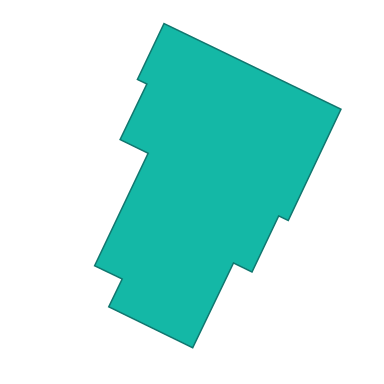 Allen, Ohio, United States of America (orthographic projection), rotated 296°
{"feature_id": "52423323B40875098856035", "entity_name": "Allen", "entity_type": "district", "adm_level": 2, "iso_a3": "USA", "parent_name": "United States of America", "parent_adm1": "Ohio", "projection": "orthographic", "projection_center": [-84.117, 40.782], "detail": "fine", "context": "isolated", "style": "filled", "palette": "teal", "viewbox_px": 384, "rotation_deg": 296, "n_neighbors": 0, "source": "geoboundaries", "source_scale": "gbopen_adm2", "svg_char_len": 356}
<svg xmlns="http://www.w3.org/2000/svg" viewBox="0 0 384 384"><g transform="rotate(296 192 192)"><path d="M331.1,93.0L269.2,93.6L269.3,104.1L207.6,104.4L207.6,135.6L83.0,136.8L83.2,167.4L52.3,167.5L52.3,260.9L146.4,260.4L146.4,281.0L208.5,280.4L208.6,291.0L331.7,289.6L331.4,164.7L331.1,93.0Z" fill="#14b8a6" stroke="#0f766e" stroke-width="1.5"/></g></svg>